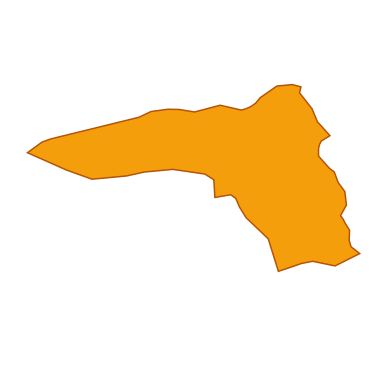 Kamnik, Equal Earth projection, rotated 172°
{"feature_id": "SVN-206", "entity_name": "Kamnik", "entity_type": "Municipality", "adm_level": 1, "iso_a3": "SVN", "parent_name": "Slovenia", "parent_adm1": "", "projection": "equal_earth", "projection_center": [14.65, 46.279], "detail": "fine", "context": "isolated", "style": "filled", "palette": "amber", "viewbox_px": 384, "rotation_deg": 172, "n_neighbors": 0, "source": "natural_earth", "source_scale": "10m", "svg_char_len": 814}
<svg xmlns="http://www.w3.org/2000/svg" viewBox="0 0 384 384"><g transform="rotate(172 192 192)"><path d="M40.9,157.6L48.2,147.9L46.1,144.0L44.6,139.6L41.3,132.2L43.1,122.2L42.1,115.6L34.5,107.7L60.6,98.9L82.2,106.6L93.4,106.0L117.5,101.4L123.0,135.0L142.0,159.0L147.0,170.3L149.6,179.6L154.0,183.9L170.1,183.4L168.7,201.1L176.8,208.0L207.9,217.1L236.5,218.4L254.5,217.0L289.3,218.6L313.4,231.3L349.5,253.8L333.6,262.3L324.6,264.2L234.2,273.4L221.4,277.4L204.5,277.3L193.6,275.6L178.3,270.9L152.0,274.0L131.8,266.3L127.1,266.9L121.8,268.4L116.9,270.9L111.2,276.0L93.2,285.1L77.7,284.4L69.5,281.0L71.7,275.2L61.6,257.8L58.0,244.1L47.6,228.6L56.9,224.4L59.0,221.5L60.5,217.9L61.2,213.7L61.6,209.7L52.5,196.2L48.3,192.0L45.9,180.9L40.6,171.2L40.9,157.6Z" fill="#f59e0b" stroke="#b45309" stroke-width="1.5"/></g></svg>